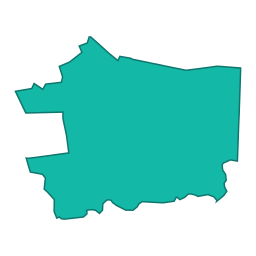 the district of New London, Connecticut, United States of America
{"feature_id": "52423323B44598433292078", "entity_name": "New London", "entity_type": "district", "adm_level": 2, "iso_a3": "USA", "parent_name": "United States of America", "parent_adm1": "Connecticut", "projection": "natural_earth1", "projection_center": [-72.11, 41.496], "detail": "fine", "context": "isolated", "style": "filled", "palette": "teal", "viewbox_px": 256, "rotation_deg": 0, "n_neighbors": 0, "source": "geoboundaries", "source_scale": "gbopen_adm2", "svg_char_len": 1319}
<svg xmlns="http://www.w3.org/2000/svg" viewBox="0 0 256 256"><path d="M240.1,85.9L240.6,70.2L240.6,68.0L217.3,66.2L208.6,67.4L186.9,70.2L185.1,70.1L178.4,68.7L176.2,68.3L132.6,59.3L130.4,58.2L119.9,56.4L117.9,60.6L108.8,53.2L100.0,45.2L90.8,37.0L89.2,36.9L87.3,43.0L79.2,46.0L81.9,52.4L69.5,62.1L59.3,66.4L62.6,76.9L61.4,82.3L45.7,84.1L42.8,89.3L34.1,83.5L31.8,88.5L27.9,89.2L15.4,91.3L25.8,113.0L62.9,112.1L63.0,118.8L66.5,135.4L68.8,152.9L28.6,158.3L26.2,158.1L30.3,172.0L42.4,174.3L45.4,178.0L44.2,189.1L47.6,192.2L54.3,199.6L54.1,211.4L56.8,218.1L59.3,217.0L61.4,218.8L64.7,219.1L83.4,217.0L86.8,214.0L87.0,212.2L86.6,210.4L87.6,210.1L87.8,210.0L92.0,209.7L95.4,210.2L99.5,213.4L102.5,210.2L102.8,204.3L103.3,203.3L106.8,200.1L109.1,199.8L111.3,200.4L111.3,200.5L112.5,202.5L116.6,205.5L125.7,210.1L133.1,210.2L136.0,207.8L137.1,206.9L138.9,203.9L142.2,201.6L142.9,201.7L163.0,202.8L174.2,201.2L176.2,197.4L176.8,197.3L177.1,197.3L179.9,199.6L184.6,197.4L188.3,194.0L191.4,194.0L195.7,195.2L196.1,195.4L197.9,196.4L208.0,194.6L214.0,196.9L216.9,200.5L216.6,201.4L223.7,195.6L226.8,191.2L224.7,187.3L224.1,183.3L226.2,180.2L225.8,176.5L225.6,174.5L222.7,170.0L222.2,165.6L222.5,164.0L223.5,163.0L230.5,159.9L237.4,161.1L238.7,123.9L239.1,115.2L240.1,85.9Z" fill="#14b8a6" stroke="#0f766e" stroke-width="1.5"/></svg>